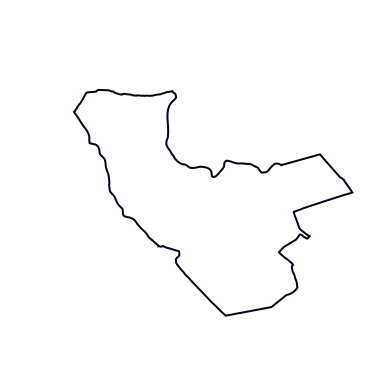 outline of Roseau Valley, Anse-la-Raye, Saint Lucia, rotated 28°
{"feature_id": "8701671B68986810783457", "entity_name": "Roseau Valley", "entity_type": "district", "adm_level": 2, "iso_a3": "LCA", "parent_name": "Saint Lucia", "parent_adm1": "Anse-la-Raye", "projection": "orthographic", "projection_center": [-61.028, 13.953], "detail": "fine", "context": "isolated", "style": "outline", "palette": "ink", "viewbox_px": 384, "rotation_deg": 28, "n_neighbors": 0, "source": "geoboundaries", "source_scale": "gbopen_adm2", "svg_char_len": 5936}
<svg xmlns="http://www.w3.org/2000/svg" viewBox="0 0 384 384"><g transform="rotate(28 192 192)"><path d="M316.7,175.8L315.6,175.9L311.7,175.4L306.3,174.4L303.7,173.5L301.5,171.5L298.8,168.9L294.4,165.1L291.2,161.9L291.6,161.3L295.8,156.7L299.3,152.6L305.9,145.8L309.5,142.0L310.5,140.9L320.4,130.7L327.5,123.4L332.5,118.6L333.8,117.2L330.9,115.6L324.4,112.3L321.3,110.7L320.7,110.1L320.1,110.1L319.1,109.9L318.4,109.5L315.8,109.5L294.8,101.6L287.3,98.7L259.9,124.8L259.3,125.1L258.9,125.4L258.7,126.1L258.5,126.4L258.0,126.3L257.9,126.3L257.0,126.3L256.0,126.3L255.0,126.5L253.9,126.8L253.3,127.1L251.7,128.5L250.5,131.7L249.6,135.6L249.4,137.1L249.0,138.1L248.7,138.9L248.4,139.4L248.2,139.5L247.9,139.9L247.3,140.2L246.2,141.0L245.1,141.8L244.5,142.0L243.6,141.9L242.9,141.8L242.4,141.5L242.1,141.4L241.4,141.1L240.8,140.7L239.7,140.2L239.2,139.8L238.5,139.7L237.9,139.7L236.2,139.8L234.3,139.8L232.8,139.8L232.5,139.7L231.8,139.7L231.2,139.9L230.3,140.0L230.1,140.1L229.6,140.3L228.9,140.6L228.0,141.1L227.3,141.4L226.4,141.8L225.3,142.2L223.9,142.8L222.7,143.3L222.0,143.6L221.8,143.8L219.3,145.2L218.5,145.5L218.2,145.6L217.6,145.7L216.2,146.2L215.0,146.4L214.7,146.5L214.2,146.5L213.0,146.7L211.6,146.9L210.7,147.2L209.4,147.5L208.5,147.7L207.5,148.6L207.2,149.2L207.0,149.7L207.0,151.4L207.6,152.7L208.2,154.3L208.3,156.4L207.4,160.5L206.4,164.7L205.5,167.1L205.4,167.3L205.2,167.6L204.8,168.0L204.3,168.3L204.2,168.4L203.4,168.9L202.8,168.8L202.3,168.8L201.7,168.0L201.4,167.7L199.9,165.3L199.6,165.1L198.3,164.2L197.6,163.7L196.9,163.6L195.9,163.5L193.4,163.6L193.1,163.6L190.9,164.4L190.4,164.5L190.0,164.7L189.2,165.0L187.9,165.6L187.1,166.0L186.1,166.9L185.4,167.5L184.4,168.3L184.2,168.4L184.1,168.5L182.8,169.6L180.9,170.6L180.2,170.9L179.8,171.2L178.9,171.4L178.0,171.5L177.5,171.4L177.4,171.4L176.7,171.3L174.6,171.0L174.1,171.0L173.0,171.1L172.4,171.2L171.4,171.6L170.9,171.8L170.0,172.0L169.4,172.1L167.7,172.2L166.3,171.9L165.0,171.8L163.9,171.4L162.5,171.0L162.0,170.9L160.5,170.0L158.4,168.8L157.1,168.2L155.8,167.5L155.0,166.9L154.3,166.5L153.9,166.2L152.9,165.7L151.2,164.9L149.4,163.9L148.9,163.6L148.4,163.2L147.7,162.6L146.8,161.8L146.4,160.8L146.1,160.3L145.9,159.9L145.8,159.5L145.6,158.9L145.4,157.7L145.3,157.2L145.1,155.3L143.3,151.2L142.6,149.9L140.9,146.8L140.1,145.3L139.4,144.2L138.4,142.8L137.6,141.5L136.7,140.0L135.7,138.4L134.8,136.7L134.3,135.6L134.0,135.1L133.2,133.5L132.8,132.3L132.8,132.2L132.0,130.0L131.5,126.3L131.8,122.9L132.1,121.5L132.4,120.6L133.0,119.2L133.1,118.9L133.5,117.1L133.6,116.0L133.2,115.3L132.8,114.9L132.0,113.9L131.3,113.5L130.7,113.1L129.9,113.0L128.7,112.9L127.9,112.9L127.7,112.6L127.5,112.4L127.4,112.2L127.2,112.3L127.1,112.5L126.6,112.9L123.6,115.1L122.0,116.4L121.3,117.5L120.6,118.1L120.0,118.6L118.7,120.0L118.1,120.8L116.7,121.5L115.6,122.4L114.5,123.2L114.1,123.5L112.8,124.7L111.6,125.7L109.7,126.8L107.1,128.1L106.1,128.5L105.1,129.4L104.0,129.6L103.7,129.9L102.8,130.4L100.9,131.2L98.6,132.2L98.1,132.5L98.0,132.8L95.8,133.9L94.6,134.3L92.1,134.8L91.4,135.0L90.1,135.7L89.1,136.1L86.6,136.9L85.0,137.8L84.4,138.8L83.6,139.3L83.3,139.3L81.9,139.8L79.2,140.3L77.6,140.5L76.5,140.5L75.1,140.2L73.6,141.0L71.0,141.3L69.0,142.1L65.3,143.9L64.5,144.3L62.7,145.1L61.3,145.9L60.7,147.0L60.3,147.7L60.2,148.3L58.3,149.8L55.9,151.2L54.5,152.1L53.5,152.7L52.7,153.5L52.2,154.4L52.0,156.7L52.0,160.5L51.9,164.5L51.7,166.3L51.2,168.0L51.0,171.0L50.9,172.8L50.7,174.3L50.7,175.7L50.2,176.7L55.0,179.1L55.9,179.6L56.6,179.9L57.9,180.7L60.5,182.2L63.2,183.7L64.9,184.6L66.5,185.3L67.8,185.9L68.8,186.4L70.0,187.0L72.7,188.8L73.9,189.8L74.4,190.3L75.3,191.3L75.6,191.7L76.5,193.5L77.1,194.7L77.5,195.3L78.0,196.0L78.5,196.8L79.0,196.8L80.4,196.5L82.7,195.9L84.4,195.4L85.6,195.4L87.4,195.9L88.8,196.7L90.0,197.8L90.9,199.0L91.5,199.9L91.7,200.2L92.5,201.3L93.2,201.8L94.2,202.2L95.0,202.5L96.9,203.1L98.6,203.6L99.7,204.3L100.6,205.1L101.7,206.5L102.8,208.2L104.1,210.2L104.7,211.0L105.9,212.0L106.7,212.8L107.8,213.7L108.1,214.0L109.1,214.9L109.3,215.1L110.2,216.1L111.1,217.3L112.2,218.8L113.2,220.3L114.3,221.9L115.1,223.4L115.7,225.0L118.8,229.4L119.3,230.0L124.6,232.0L126.2,232.8L127.6,234.0L129.0,235.1L130.4,236.2L131.5,237.1L132.7,237.7L134.4,238.3L136.2,238.9L137.6,239.2L138.2,239.5L138.7,239.8L139.5,240.7L140.3,241.9L141.1,243.4L141.8,244.3L142.8,244.9L143.8,245.1L145.1,244.9L146.9,244.5L148.2,244.0L149.4,243.7L151.4,243.5L153.3,243.6L154.5,243.9L155.7,244.3L157.2,245.1L158.7,245.9L158.8,245.9L160.6,246.7L162.5,247.4L164.8,248.2L166.7,248.6L169.3,249.3L171.5,250.2L173.2,251.2L175.0,252.2L177.1,252.8L180.3,253.4L183.1,254.2L186.1,254.8L187.6,255.1L188.1,255.2L188.1,255.3L188.2,255.2L189.2,255.2L190.8,254.5L191.7,253.4L192.7,253.3L193.7,253.2L194.2,253.2L195.5,253.1L196.2,253.0L200.8,251.9L203.6,251.5L205.8,251.0L208.2,250.5L209.4,251.6L210.6,254.0L210.2,255.7L209.6,257.2L209.3,258.2L209.3,258.4L209.6,259.4L211.1,261.8L212.8,263.0L214.4,263.7L218.5,265.5L221.3,266.4L225.2,268.2L230.4,269.7L233.2,270.8L235.6,271.6L250.8,276.6L261.1,280.1L269.1,282.3L275.2,284.2L276.2,284.4L276.6,284.6L278.6,285.0L279.9,285.3L316.2,256.3L323.4,239.4L324.2,238.3L325.2,237.4L326.8,235.6L328.4,232.7L329.3,230.5L329.9,227.6L329.8,226.8L327.8,224.1L327.2,223.0L325.9,221.6L324.2,220.2L323.0,219.1L322.0,217.8L319.4,215.8L317.9,214.6L316.3,212.8L315.2,211.2L315.1,210.5L315.1,209.8L315.2,209.3L315.4,208.9L314.5,208.4L313.7,208.0L312.5,207.8L311.3,207.7L310.3,207.2L307.1,206.6L305.8,206.6L304.8,206.4L303.1,206.0L299.3,205.2L297.1,204.5L297.1,204.4L298.4,199.2L298.8,197.7L306.3,185.0L306.4,184.4L306.5,183.8L307.0,179.9L307.2,178.8L307.9,178.7L308.3,178.7L308.9,178.6L309.4,178.6L309.7,178.6L310.3,178.8L310.9,178.9L311.6,179.0L312.3,179.1L312.6,179.1L312.8,179.1L313.8,179.2L314.0,179.2L314.6,179.2L314.9,179.2L315.0,179.2L315.3,179.2L315.5,179.2L315.8,178.6L316.1,177.5L316.4,176.7L316.7,176.0L316.7,175.8Z" fill="none" stroke="#020617" stroke-width="2"/></g></svg>